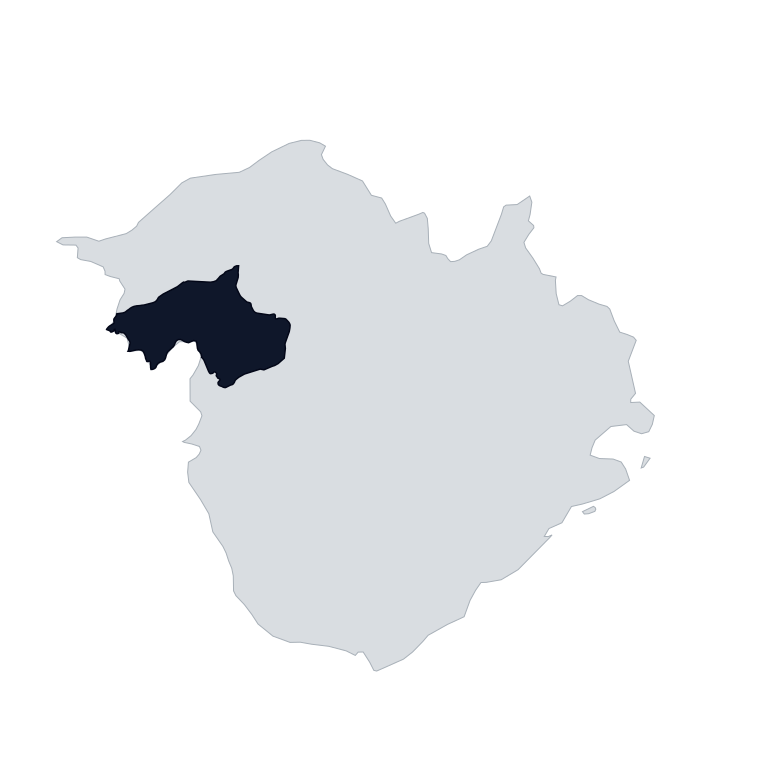 Stœng Trêng on a map of Cambodia (Natural Earth projection), rotated 248°
{"feature_id": "KHM-1792", "entity_name": "Stœng Trêng", "entity_type": "Province", "adm_level": 1, "iso_a3": "KHM", "parent_name": "Cambodia", "parent_adm1": "", "projection": "natural_earth1", "projection_center": [106.102, 13.853], "detail": "fine", "context": "in_parent", "style": "filled", "palette": "ink", "viewbox_px": 768, "rotation_deg": 248, "n_neighbors": 0, "source": "natural_earth", "source_scale": "10m", "svg_char_len": 6139}
<svg xmlns="http://www.w3.org/2000/svg" viewBox="0 0 768 768"><g transform="rotate(248 384 384)"><path d="M638.6,133.8L640.2,140.3L636.0,152.4L631.6,163.4L623.2,173.1L622.8,180.2L620.0,201.3L621.1,208.0L623.0,213.8L625.8,216.9L633.1,237.5L639.7,256.4L646.2,271.8L647.4,281.6L641.4,306.3L634.5,329.1L635.1,340.4L638.1,351.7L641.3,366.9L642.6,386.2L640.8,398.8L637.7,406.6L631.7,414.7L626.4,418.8L620.1,411.9L615.1,411.7L608.3,413.7L603.0,416.8L592.2,428.6L580.3,440.1L563.7,443.0L557.3,451.5L550.4,452.7L537.2,453.1L528.7,455.1L529.1,459.4L528.4,479.6L528.5,484.3L527.2,485.6L521.3,486.2L511.2,483.1L497.6,478.1L488.0,477.3L483.0,486.1L480.0,489.5L476.3,490.1L472.5,491.6L471.2,495.6L470.9,500.5L472.8,508.9L473.5,522.2L473.0,531.3L476.5,537.1L497.3,556.4L503.4,561.3L504.1,564.2L500.5,574.7L503.7,589.5L497.2,589.2L486.4,582.9L481.2,579.0L474.9,582.1L472.7,581.5L468.4,574.2L462.9,566.8L457.1,566.3L445.0,569.2L432.6,571.3L427.9,571.2L426.0,572.6L418.8,583.6L415.8,581.7L403.3,577.5L392.0,575.9L389.6,578.8L391.0,587.8L393.5,596.6L392.0,600.3L385.7,605.0L377.5,613.3L372.4,619.8L368.9,621.4L356.3,621.1L343.8,622.0L338.7,628.1L334.0,632.9L330.0,634.2L313.6,619.0L281.1,613.7L277.5,607.1L274.4,605.8L271.4,614.4L253.5,622.8L246.1,617.7L240.6,611.6L241.4,604.2L246.6,598.1L255.5,593.7L259.6,578.4L252.9,558.8L247.0,553.0L240.8,548.5L234.2,555.8L228.6,568.3L222.8,574.7L214.7,576.2L202.7,575.6L198.2,557.0L196.7,541.0L198.4,522.8L200.2,511.9L188.7,497.0L188.2,482.8L182.6,475.5L181.0,479.2L181.1,483.3L179.6,480.3L161.6,438.7L158.6,419.3L161.8,404.4L163.6,399.5L158.4,391.6L151.1,382.7L138.2,371.1L137.3,352.6L134.5,330.8L130.7,323.5L124.8,310.1L121.6,299.0L120.6,269.7L122.3,267.3L131.5,266.5L143.3,264.3L145.1,259.6L143.1,255.7L150.7,249.0L161.5,234.5L169.9,219.3L176.0,209.6L179.6,200.1L191.8,186.6L208.6,177.3L219.9,175.1L231.8,171.9L243.2,167.4L248.5,167.0L262.6,172.4L270.2,173.8L278.2,173.7L286.5,174.3L293.7,173.8L311.0,169.9L329.3,173.0L345.6,170.6L365.8,166.2L375.8,168.9L384.8,173.4L386.1,182.3L388.2,186.4L391.2,189.5L395.2,189.5L400.4,183.3L404.7,176.9L406.1,175.7L406.3,178.8L408.4,185.8L412.3,192.7L416.2,197.2L422.7,203.3L426.9,203.6L440.7,197.8L461.5,206.1L463.9,210.3L470.6,218.8L477.9,224.8L494.0,225.2L499.8,210.3L497.0,201.2L487.8,185.4L485.3,176.1L488.2,174.4L503.8,172.6L506.4,170.8L509.8,160.5L514.1,161.7L522.7,163.0L531.9,156.0L537.3,148.6L540.2,152.0L543.5,157.2L547.0,160.2L553.6,164.6L560.9,170.8L565.4,177.0L569.0,179.4L578.3,177.6L580.8,177.9L586.2,170.5L589.9,166.4L593.1,167.6L597.8,167.5L607.5,158.0L613.0,149.3L616.0,147.0L624.7,151.3L628.2,150.4L633.2,138.5L638.6,133.8ZM192.1,532.4L190.3,533.5L188.6,533.5L186.9,531.8L187.1,525.1L188.4,521.0L191.3,520.2L192.1,532.4ZM219.2,598.4L215.5,602.9L209.7,593.6L209.8,591.0L219.2,598.4Z" fill="#d9dde1" stroke="#a8b0b8" stroke-width="1"/><path d="M538.4,147.2L539.0,147.8L540.2,150.1L540.6,151.5L541.2,155.2L541.5,156.3L542.4,156.9L544.7,157.5L545.7,158.2L547.6,161.6L549.3,162.7L549.1,163.1L548.9,163.7L547.7,168.5L547.6,169.9L547.6,171.1L548.4,173.6L548.8,175.6L549.3,177.2L549.6,179.2L549.6,181.3L549.1,184.0L548.1,187.2L547.8,188.7L547.3,190.4L547.1,191.2L545.9,200.1L545.9,201.5L546.0,203.0L546.7,204.5L547.3,205.6L548.2,206.6L548.9,207.7L550.1,212.9L551.6,228.9L553.3,234.8L553.6,236.3L552.9,237.4L553.0,240.2L552.9,240.9L543.4,261.2L542.7,264.3L542.6,267.1L542.9,267.9L543.4,268.6L543.7,269.5L545.3,272.5L546.1,276.9L547.2,278.7L547.4,279.9L547.4,281.2L547.2,285.5L547.3,286.6L547.8,287.6L548.4,288.5L548.6,288.8L548.7,289.2L548.8,289.7L548.8,290.2L548.8,291.6L548.1,293.5L541.7,290.3L540.3,290.0L539.1,289.5L537.3,288.6L531.1,283.6L529.1,283.1L523.4,283.4L519.8,283.7L518.1,284.2L512.3,287.1L511.6,287.5L511.1,287.9L510.1,289.4L509.4,290.2L508.8,290.5L508.0,290.6L505.4,290.0L500.8,290.4L500.0,290.7L499.1,291.1L498.5,291.5L497.4,292.6L491.2,303.1L490.9,303.7L490.3,307.6L490.1,308.1L489.9,308.4L489.6,308.6L489.3,308.8L489.0,308.9L488.6,308.9L488.3,308.9L488.0,308.8L486.4,308.1L486.0,308.0L485.6,307.9L484.9,308.2L484.6,308.7L484.5,309.1L484.5,310.7L484.2,311.7L482.3,315.5L481.7,316.6L481.1,317.2L480.8,317.4L476.9,318.9L475.4,319.1L474.3,319.1L473.5,318.9L471.3,317.8L468.1,315.8L459.1,307.8L457.8,307.0L454.0,305.9L445.3,301.2L442.6,293.5L442.1,289.6L442.3,286.9L442.1,278.0L444.2,274.8L445.5,258.4L444.7,252.0L443.6,248.4L443.2,247.6L442.9,247.0L442.6,246.8L442.3,246.6L441.9,246.2L441.5,245.7L440.7,244.5L440.4,243.8L440.3,243.2L440.3,242.7L440.5,241.4L440.1,236.4L440.1,235.6L440.3,235.2L440.5,234.7L440.9,234.2L441.5,233.5L442.1,233.1L442.4,232.8L443.7,231.3L444.3,230.8L444.6,230.6L444.9,230.5L445.3,230.3L446.0,230.2L446.4,230.3L446.8,230.4L447.2,230.5L447.5,230.7L447.8,231.0L448.0,231.3L448.8,232.9L449.0,233.2L449.3,233.4L449.6,233.6L450.0,233.6L450.3,233.5L450.6,233.2L451.4,232.4L451.8,232.1L452.2,232.0L453.4,231.9L454.1,231.6L454.5,231.6L454.8,231.7L455.1,231.9L455.6,232.4L455.8,232.6L456.1,232.8L456.5,232.8L456.8,232.7L457.8,232.3L458.5,231.9L458.7,231.4L458.8,230.9L458.6,230.2L458.4,229.9L458.2,229.4L458.2,228.8L458.4,227.6L458.6,227.0L458.9,226.7L459.3,226.5L460.0,226.3L461.7,226.1L473.4,226.0L475.3,225.6L476.4,225.2L477.0,224.8L477.4,225.1L479.9,225.7L482.3,225.4L484.8,224.3L487.1,224.4L492.3,225.9L494.3,225.8L495.7,223.7L495.5,218.3L496.7,216.5L498.2,214.8L500.0,213.5L501.5,212.0L502.3,209.8L501.8,207.6L500.5,205.9L498.9,204.4L497.5,202.6L495.0,195.7L493.4,193.7L490.0,191.2L488.6,189.7L487.8,187.4L488.2,184.5L487.8,182.2L486.7,180.4L484.8,178.6L484.3,177.3L484.2,176.0L484.3,174.7L484.8,173.4L486.8,173.8L491.2,175.5L492.9,175.4L493.2,174.9L493.4,173.0L493.7,172.6L494.2,172.5L495.3,172.6L496.8,172.5L499.2,173.0L502.7,173.2L504.6,172.9L506.2,171.9L507.7,169.4L508.4,166.9L509.4,160.8L510.3,158.9L510.9,159.6L516.9,163.8L517.9,164.1L519.3,164.2L520.6,163.8L521.2,163.7L526.6,162.9L529.1,161.7L530.1,159.4L530.5,159.3L531.3,158.6L531.7,157.8L530.5,157.1L530.4,156.3L530.6,155.5L530.8,155.0L531.8,154.4L532.8,154.5L534.1,154.9L535.6,155.0L535.6,154.3L534.9,153.9L534.5,153.4L534.3,152.5L534.2,151.4L534.4,150.3L534.9,150.0L535.5,149.9L536.3,149.5L538.4,147.2Z" fill="#0f172a" stroke="#020617" stroke-width="1.5"/></g></svg>